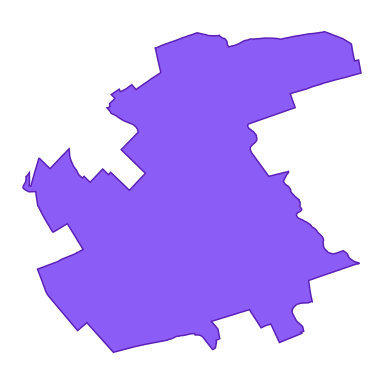 Daneasa, Olt, Romania (orthographic projection)
{"feature_id": "2599482B91026732160109", "entity_name": "Daneasa", "entity_type": "district", "adm_level": 2, "iso_a3": "ROU", "parent_name": "Romania", "parent_adm1": "Olt", "projection": "orthographic", "projection_center": [24.592, 44.122], "detail": "fine", "context": "isolated", "style": "filled", "palette": "violet", "viewbox_px": 384, "rotation_deg": 0, "n_neighbors": 0, "source": "geoboundaries", "source_scale": "gbopen_adm2", "svg_char_len": 5897}
<svg xmlns="http://www.w3.org/2000/svg" viewBox="0 0 384 384"><path d="M312.3,301.8L310.9,295.5L309.7,288.4L308.6,280.5L318.5,277.0L355.2,264.4L356.9,264.0L358.6,263.8L359.2,263.4L359.2,263.2L358.8,262.9L356.7,262.3L354.3,261.5L353.7,261.2L350.3,258.8L349.0,257.6L348.7,256.8L348.1,255.8L347.9,254.8L347.7,254.4L346.5,253.1L345.7,252.4L344.3,251.5L343.5,250.7L343.2,250.7L342.8,250.9L340.6,251.6L338.2,252.5L337.5,252.8L336.5,253.1L333.2,253.9L332.4,253.8L330.0,253.1L328.3,252.5L327.9,252.2L327.2,251.3L324.9,249.1L324.3,248.4L323.9,247.6L323.6,246.8L323.5,245.4L323.4,244.8L323.2,244.3L323.1,242.1L323.5,240.5L323.5,239.9L323.4,239.3L323.1,238.2L322.6,237.3L320.9,235.2L320.0,234.3L319.0,233.5L318.2,232.8L317.3,231.8L316.8,230.7L315.5,229.3L314.6,228.5L313.6,227.8L312.7,227.4L312.2,227.0L311.9,226.7L311.2,225.5L309.6,224.1L306.8,222.2L304.0,220.9L302.8,220.1L301.7,219.5L299.2,218.5L298.4,218.1L297.5,217.3L297.0,216.6L296.7,215.9L296.6,215.2L296.6,214.1L296.8,213.7L297.4,213.0L298.0,212.6L299.6,211.8L300.4,211.2L301.1,210.6L301.5,210.0L301.7,209.6L301.6,209.0L301.2,208.3L300.6,207.5L300.1,206.7L299.9,206.0L299.9,205.7L300.0,205.3L300.1,203.9L300.1,202.3L299.7,201.7L299.3,201.4L299.2,201.2L299.2,199.9L299.0,199.7L296.6,197.8L294.9,196.4L294.5,196.0L293.6,194.8L293.2,194.5L291.9,193.2L291.0,192.0L290.6,191.1L290.5,190.9L290.7,190.7L290.8,190.2L290.7,189.7L290.3,189.2L289.7,188.0L288.4,186.5L285.2,184.1L284.4,183.1L283.6,181.7L283.5,181.3L283.5,180.9L283.6,180.6L284.5,179.1L284.8,178.6L286.1,175.9L286.6,174.9L287.3,174.1L287.6,173.6L288.5,172.6L288.6,172.1L288.4,171.6L288.4,171.4L287.2,171.9L286.0,172.1L268.8,176.3L251.5,152.6L251.3,152.2L251.0,151.3L250.4,150.0L250.3,149.2L250.3,148.0L250.6,147.0L250.9,146.6L252.6,144.5L253.4,144.0L254.8,142.8L256.5,140.7L256.8,139.9L256.9,139.4L256.8,138.3L256.7,137.6L256.4,137.0L256.4,136.3L256.4,135.9L256.4,135.7L255.7,134.3L255.4,134.0L254.6,133.2L254.0,132.3L253.1,131.4L252.7,131.1L251.7,130.7L251.1,129.9L250.6,129.5L249.4,128.7L248.8,128.1L248.4,127.6L248.0,127.0L247.8,126.3L247.7,125.5L247.9,124.8L247.9,124.6L249.0,123.8L295.2,107.6L290.2,93.7L290.9,93.4L292.8,92.9L306.0,89.1L312.9,86.5L322.0,83.9L322.0,83.6L336.0,79.7L345.7,77.3L357.6,73.9L361.0,73.0L360.9,72.5L358.6,60.0L354.5,61.0L352.6,51.3L351.4,44.1L351.0,43.7L343.7,39.2L342.7,38.7L339.3,37.3L338.3,37.0L336.0,36.0L334.4,35.5L330.3,33.8L324.6,31.7L324.2,31.7L322.8,32.2L320.9,32.4L314.0,33.4L312.1,33.6L309.5,33.8L306.3,34.3L299.0,35.6L296.6,35.9L294.3,36.3L287.9,37.7L283.6,38.5L281.3,39.1L280.5,39.1L279.6,39.1L276.5,38.4L269.3,38.1L265.6,38.1L264.5,38.1L262.6,38.3L260.9,38.5L256.5,38.8L253.4,39.1L250.3,39.0L249.9,39.0L248.4,39.8L247.3,40.1L245.3,40.4L243.5,41.1L240.2,42.9L238.9,43.7L236.2,44.8L235.0,45.2L233.7,45.7L230.9,46.3L228.4,46.9L228.0,45.6L227.2,44.3L227.1,42.8L227.0,41.8L226.6,40.8L226.4,40.3L225.5,39.6L225.0,38.9L224.7,38.5L223.1,38.3L222.4,38.0L221.6,37.5L220.4,36.6L219.2,35.5L219.1,35.3L218.3,35.6L214.7,35.8L209.1,35.6L208.2,35.5L207.7,35.4L206.7,35.0L205.5,34.6L204.9,34.5L203.9,34.4L198.5,33.1L197.1,32.8L196.6,32.9L195.0,33.5L193.3,34.2L190.2,35.2L189.0,35.5L185.2,37.0L183.4,37.5L179.4,39.0L177.8,39.7L167.4,43.4L163.3,44.8L156.3,47.8L155.2,48.0L155.6,49.3L157.5,58.0L157.7,59.1L158.3,61.5L159.4,66.5L160.2,69.8L160.3,70.3L160.3,70.8L160.4,71.0L160.6,71.5L160.8,72.3L160.5,72.8L151.4,78.7L148.0,81.2L143.7,84.1L139.4,87.1L136.0,89.6L131.8,84.7L125.9,89.0L121.0,91.5L120.3,91.7L119.2,89.2L111.7,94.2L111.2,94.6L113.4,96.7L114.9,98.4L112.7,100.7L110.5,102.7L109.6,103.6L109.6,104.8L109.7,105.2L110.2,106.2L109.7,106.5L109.0,107.4L107.0,107.8L107.7,108.6L108.9,110.0L110.3,111.7L110.5,112.1L110.7,112.6L110.9,113.0L111.1,113.3L113.4,114.3L115.5,115.4L120.0,118.5L122.5,119.9L123.4,120.6L125.9,121.6L132.2,124.1L133.7,125.0L134.7,125.8L135.9,126.9L136.8,128.2L137.7,129.9L138.2,132.5L136.9,133.6L121.2,149.7L145.3,173.2L145.3,173.4L129.4,190.3L110.7,172.3L108.5,174.7L102.7,169.0L90.1,182.3L87.2,179.5L84.1,176.3L82.4,178.0L79.2,175.2L78.5,174.3L77.9,173.3L77.2,171.6L76.5,170.3L75.8,169.3L75.3,168.7L74.6,167.7L73.9,166.8L72.6,164.2L71.1,160.7L70.1,158.0L69.7,155.7L69.6,154.2L69.2,148.8L68.6,149.2L63.8,154.3L63.6,154.4L50.0,168.7L40.0,158.9L38.9,158.3L34.6,172.7L30.8,186.1L29.0,185.7L29.4,184.1L29.5,181.6L29.4,176.3L29.4,172.6L26.9,175.9L26.0,176.5L26.1,179.1L25.7,181.6L24.0,184.8L23.6,185.3L23.3,186.2L23.0,187.7L23.1,188.0L23.5,188.5L25.8,190.2L29.0,191.8L35.8,191.6L36.1,194.8L37.5,204.0L37.5,205.0L37.9,205.9L38.9,207.6L41.2,212.2L43.9,217.2L46.8,222.4L49.2,226.2L50.6,228.7L52.3,231.5L52.8,232.0L53.7,231.9L54.2,231.6L67.3,223.7L67.7,224.3L74.1,234.7L76.6,238.7L77.2,239.9L83.1,249.4L77.4,252.7L77.3,252.4L77.1,252.4L76.3,253.1L73.8,254.4L71.1,255.5L69.7,256.0L69.2,256.3L63.2,258.6L59.8,260.3L58.3,261.3L57.0,261.9L37.5,269.1L41.8,280.4L45.5,290.6L46.2,292.2L47.7,294.8L48.5,296.0L77.6,330.6L86.9,322.7L113.4,352.3L134.6,346.7L145.0,344.4L167.2,340.2L169.4,339.2L171.2,338.9L173.2,338.0L175.7,336.7L176.8,336.3L179.3,336.1L180.4,335.7L181.9,335.6L184.5,335.3L189.5,334.1L191.4,333.8L193.4,333.6L194.2,333.6L194.9,333.8L194.9,334.4L195.0,334.7L195.2,334.9L195.5,335.0L195.9,334.9L196.8,335.0L198.7,335.0L200.0,335.3L200.7,335.4L201.0,335.8L202.6,336.8L212.2,349.1L212.9,349.6L213.4,349.2L215.5,347.8L215.5,347.4L216.4,342.5L216.4,341.4L216.3,340.6L216.1,340.3L219.8,338.7L217.9,329.0L217.6,328.6L215.4,326.0L211.3,321.4L245.0,311.0L249.4,309.7L255.2,318.6L261.1,327.8L265.6,325.7L270.3,324.2L270.9,324.1L279.4,342.5L300.8,333.8L301.8,333.2L301.0,332.3L303.7,331.3L302.9,327.6L302.6,326.6L302.1,326.0L301.6,325.5L297.5,321.9L296.4,320.8L292.5,313.4L292.2,312.8L292.0,311.7L292.0,311.1L292.3,311.2L292.4,309.1L292.6,309.1L292.7,308.9L293.1,308.2L293.5,307.6L295.2,305.8L296.1,304.9L297.6,304.0L299.0,303.8L300.6,303.3L301.7,303.1L308.5,302.8L308.8,302.7L311.1,301.6L312.3,301.8Z" fill="#8b5cf6" stroke="#5b21b6" stroke-width="1.5"/></svg>